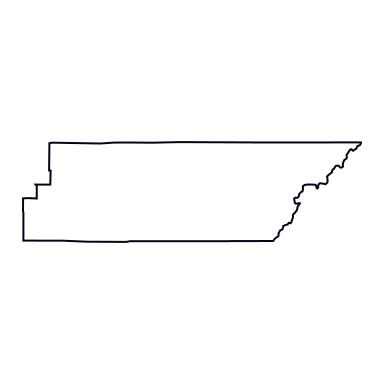 Garfield, Utah, United States of America
{"feature_id": "52423323B19250472063480", "entity_name": "Garfield", "entity_type": "district", "adm_level": 2, "iso_a3": "USA", "parent_name": "United States of America", "parent_adm1": "Utah", "projection": "equal_earth", "projection_center": [-110.678, 37.845], "detail": "fine", "context": "isolated", "style": "outline", "palette": "ink", "viewbox_px": 384, "rotation_deg": 0, "n_neighbors": 0, "source": "geoboundaries", "source_scale": "gbopen_adm2", "svg_char_len": 1634}
<svg xmlns="http://www.w3.org/2000/svg" viewBox="0 0 384 384"><path d="M53.6,142.7L50.0,142.9L49.4,143.2L49.1,170.5L50.6,170.5L50.3,184.6L35.6,184.6L36.8,185.9L36.7,198.5L28.7,198.1L23.1,198.3L23.0,210.8L23.4,212.5L23.4,240.6L63.0,240.7L87.0,241.7L126.5,241.9L130.0,241.2L228.3,241.2L229.7,241.1L273.1,241.0L273.7,240.2L275.3,238.2L278.4,236.2L278.7,233.0L280.3,230.3L282.3,229.5L283.0,227.9L283.3,226.0L285.0,225.2L287.6,224.5L288.7,222.9L290.3,223.0L290.6,223.2L291.4,222.0L291.9,220.5L293.0,217.1L293.0,214.6L294.9,212.8L297.0,210.0L297.5,207.0L299.4,204.2L299.9,203.4L298.7,203.1L297.3,203.7L295.4,203.5L294.7,202.2L294.4,200.2L294.1,198.7L295.0,197.8L295.8,197.8L297.5,197.8L298.9,196.2L299.2,194.0L301.2,191.9L302.4,191.5L302.9,190.0L302.9,188.7L302.9,186.1L304.7,185.0L307.2,184.5L310.2,184.5L312.6,184.6L315.5,184.8L316.2,186.1L316.6,188.1L317.3,188.5L318.2,187.4L318.1,186.5L318.4,184.6L319.9,183.2L321.2,183.4L324.1,183.8L325.6,184.2L327.2,182.7L327.6,181.2L327.4,178.8L327.1,176.4L328.5,175.0L329.6,174.2L330.9,173.1L331.9,172.3L332.2,170.5L333.0,169.3L333.7,169.0L334.8,167.5L335.1,166.6L335.9,165.9L337.3,165.6L338.6,165.7L339.6,166.8L340.4,167.6L342.2,167.4L343.0,166.4L342.8,164.0L343.4,162.0L344.2,160.2L345.6,159.1L346.7,158.3L346.8,157.1L346.7,156.3L346.5,155.2L347.0,154.4L347.6,153.4L348.2,152.7L348.6,151.9L349.0,151.2L349.5,150.6L350.1,149.8L351.0,149.2L351.7,149.4L352.2,150.1L352.7,150.7L353.4,150.7L354.2,149.8L356.4,148.6L357.3,146.2L360.1,145.0L361.0,142.8L360.9,142.4L268.1,142.5L179.4,142.1L152.4,142.7L127.0,142.5L113.7,142.6L100.4,143.5L53.6,142.7Z" fill="none" stroke="#020617" stroke-width="2"/></svg>